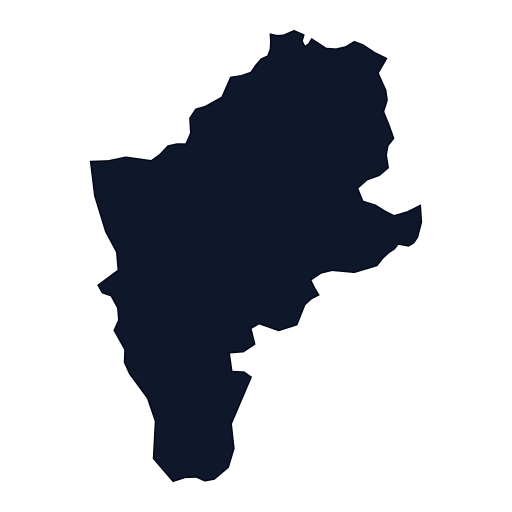 map outline of Sliven (Equal Earth projection)
{"feature_id": "BGR-2231", "entity_name": "Sliven", "entity_type": "Province", "adm_level": 1, "iso_a3": "BGR", "parent_name": "Bulgaria", "parent_adm1": "", "projection": "equal_earth", "projection_center": [26.271, 42.597], "detail": "fine", "context": "isolated", "style": "filled", "palette": "ink", "viewbox_px": 512, "rotation_deg": 0, "n_neighbors": 0, "source": "natural_earth", "source_scale": "10m", "svg_char_len": 1386}
<svg xmlns="http://www.w3.org/2000/svg" viewBox="0 0 512 512"><path d="M173.1,481.3L153.5,458.5L155.5,421.2L147.6,398.1L129.7,373.8L124.5,362.3L125.0,349.6L114.2,330.3L118.8,320.2L117.8,307.9L111.2,295.8L102.4,292.7L98.1,285.2L118.3,270.2L116.7,252.0L105.8,231.7L94.8,195.9L90.6,161.5L108.3,160.9L125.8,157.2L151.3,160.8L159.9,154.6L168.0,146.0L176.9,144.0L186.0,144.1L190.8,132.9L189.9,118.2L195.9,109.2L205.1,106.6L222.0,97.2L230.7,77.4L241.0,75.8L250.9,72.5L255.8,65.3L261.4,58.9L267.8,56.1L270.4,49.2L270.8,41.4L270.4,34.2L277.0,35.7L283.5,35.3L294.1,30.7L303.8,35.0L302.0,41.0L304.8,46.6L308.7,44.0L311.7,39.0L326.2,48.5L336.1,49.1L345.7,46.9L354.3,41.7L362.9,44.9L374.3,52.5L386.5,58.5L378.0,73.1L385.7,90.2L387.1,100.2L383.5,111.7L389.0,125.3L393.6,138.3L387.8,145.7L386.2,155.0L388.2,167.7L379.3,175.3L367.1,179.7L357.4,188.2L362.8,201.3L375.1,205.1L384.6,211.0L394.0,215.8L407.4,211.9L420.3,205.5L421.4,222.2L417.5,237.2L413.5,243.0L408.5,245.9L398.1,244.0L394.3,248.9L388.8,252.5L382.8,258.0L376.9,265.5L354.4,272.3L332.0,270.3L320.9,273.0L310.6,280.0L314.6,288.2L318.7,294.9L311.4,298.6L304.8,304.6L296.8,324.7L278.7,330.5L259.0,323.6L250.8,328.4L254.7,344.1L243.3,351.7L229.2,352.8L231.8,371.5L244.0,372.1L251.1,377.1L231.2,423.8L233.9,448.5L228.3,467.2L214.2,479.1L204.9,480.8L196.4,477.0L185.1,477.4L173.1,481.3Z" fill="#0f172a" stroke="#020617" stroke-width="1.5"/></svg>